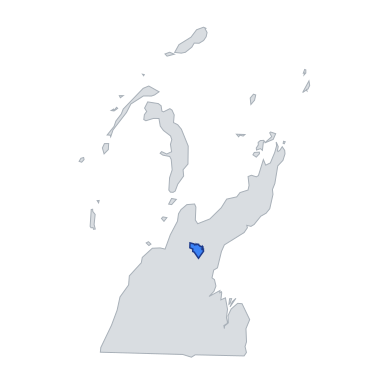 Obura/Wonenara District, Eastern Highlands, Papua New Guinea shown in context, rotated 272°
{"feature_id": "67681753B51845226746090", "entity_name": "Obura/Wonenara District", "entity_type": "district", "adm_level": 2, "iso_a3": "PNG", "parent_name": "Papua New Guinea", "parent_adm1": "Eastern Highlands", "projection": "orthographic", "projection_center": [145.927, -6.831], "detail": "fine", "context": "in_parent", "style": "filled", "palette": "blue", "viewbox_px": 384, "rotation_deg": 272, "n_neighbors": 0, "source": "geoboundaries", "source_scale": "gbopen_adm2", "svg_char_len": 5123}
<svg xmlns="http://www.w3.org/2000/svg" viewBox="0 0 384 384"><g transform="rotate(272 192 192)"><path d="M30.0,249.8L29.4,200.9L26.9,197.2L29.3,188.5L28.7,106.0L33.4,106.3L56.0,116.2L71.3,121.3L84.6,123.7L96.9,131.9L106.0,132.3L119.5,143.8L124.9,144.6L134.4,154.3L135.0,162.1L134.0,167.1L148.4,171.8L162.3,178.5L169.8,179.3L174.0,181.6L179.2,187.3L180.1,195.0L177.1,196.4L164.1,196.3L160.5,198.8L165.7,210.8L177.3,221.8L186.1,226.9L188.7,236.9L193.1,240.0L195.9,247.9L200.5,248.8L209.4,247.5L210.8,250.8L209.4,255.8L210.7,257.8L226.9,262.2L221.4,264.7L223.8,269.3L234.4,273.3L241.0,274.9L244.9,274.4L240.3,276.6L236.2,275.9L235.4,276.6L237.0,278.5L240.4,280.6L236.8,283.2L233.3,283.6L226.8,281.8L221.1,276.8L203.4,274.5L197.3,272.3L192.4,273.0L178.0,270.3L173.4,266.8L170.2,261.6L161.7,255.2L159.7,252.1L160.6,247.9L158.2,248.6L153.3,245.5L140.3,226.2L133.6,223.5L117.1,220.1L114.7,216.4L106.9,215.0L105.2,217.5L98.9,219.2L93.5,217.4L88.2,212.7L94.5,223.4L92.3,223.3L93.3,225.0L92.1,225.2L85.2,224.6L87.4,229.1L76.0,231.6L67.6,230.8L63.6,231.9L61.9,231.8L59.7,228.5L56.6,229.1L59.2,229.2L62.5,232.9L69.6,232.3L76.4,235.2L82.3,241.5L82.1,245.9L66.5,254.1L57.3,250.7L44.1,251.7L39.4,250.4L33.5,252.0L30.0,249.8ZM267.6,141.7L270.9,143.9L274.2,141.7L280.5,144.6L279.2,155.2L277.1,158.1L271.8,159.1L271.1,160.7L274.5,167.0L273.1,169.2L268.4,171.5L260.7,171.1L258.7,175.4L254.4,179.2L237.8,186.6L219.8,187.0L213.9,182.3L207.7,183.1L199.3,177.5L192.4,175.2L191.0,173.1L191.1,170.4L193.1,168.8L205.5,169.1L213.4,171.4L223.8,170.1L226.7,168.5L227.8,161.7L229.6,158.8L231.3,160.2L229.1,165.4L231.5,170.2L238.9,168.8L243.6,170.0L247.3,168.6L252.5,161.3L256.7,158.0L264.3,156.4L264.2,150.9L261.6,143.4L262.7,141.3L267.6,141.7ZM357.1,197.8L356.1,200.2L355.6,199.4L351.9,201.5L347.6,200.7L343.8,198.3L340.9,193.9L340.9,189.0L336.8,186.8L331.4,180.5L330.4,176.5L330.9,169.8L338.8,173.8L346.7,185.6L354.3,190.9L357.1,197.8ZM296.4,145.1L291.0,155.6L287.7,151.2L286.5,148.2L286.3,140.1L277.8,127.8L269.1,123.7L251.3,110.9L244.3,108.8L246.0,108.2L246.0,105.2L254.8,111.8L260.3,113.5L267.5,118.6L272.5,120.4L293.9,139.6L296.4,145.1ZM154.1,91.4L171.0,91.9L171.3,93.3L169.1,93.5L166.2,96.0L156.1,95.3L151.6,96.6L151.3,94.8L153.0,94.3L152.7,92.4L154.1,91.4ZM238.2,254.7L241.3,256.6L243.9,256.4L245.8,258.5L246.1,261.9L245.0,262.7L244.3,261.6L236.1,260.9L237.7,258.9L236.2,255.0L238.2,254.7ZM237.5,107.0L231.5,106.9L227.0,102.8L232.9,100.9L237.3,102.8L237.5,107.0ZM250.0,269.7L253.8,267.6L254.7,268.4L253.2,273.6L247.4,271.3L243.5,262.8L250.0,269.7ZM281.5,247.8L287.9,246.9L291.0,249.3L291.9,250.1L291.2,252.3L285.9,251.3L281.5,247.8ZM295.3,299.1L307.1,305.0L302.6,305.9L298.9,304.3L298.5,302.9L297.0,303.4L297.7,302.4L295.3,299.1ZM184.1,176.6L178.7,172.1L179.1,169.1L184.8,171.8L184.1,176.6ZM234.2,257.9L232.6,258.1L229.1,255.0L231.3,251.6L233.7,252.9L234.2,257.9ZM329.1,169.5L326.9,162.3L329.0,160.2L330.9,164.8L329.1,169.5ZM165.5,167.8L161.7,165.0L164.5,162.4L166.1,163.8L165.5,167.8ZM222.7,82.5L220.6,83.0L217.9,80.7L218.7,78.1L221.8,79.8L222.7,82.5ZM140.8,150.2L138.5,152.8L137.0,150.8L139.5,148.0L140.8,150.2ZM251.3,234.4L251.3,242.9L249.7,241.2L250.5,237.7L248.8,236.7L251.3,234.4ZM83.7,236.1L87.3,239.6L78.5,234.0L83.7,236.1ZM86.8,235.3L82.0,233.9L81.0,232.8L86.7,233.3L86.8,235.3ZM318.4,300.3L318.0,301.5L314.9,301.6L312.9,299.9L314.9,300.3L314.6,299.1L318.4,300.3ZM285.8,116.0L285.9,119.9L283.7,117.1L285.8,116.0ZM274.0,113.7L273.0,114.8L270.8,112.0L271.3,111.5L274.0,113.7ZM245.9,281.7L245.5,283.4L243.4,282.5L243.7,281.4L245.9,281.7ZM272.1,110.7L270.3,111.1L270.6,108.4L272.1,110.7ZM180.1,97.5L180.3,99.5L177.9,99.0L180.1,97.5ZM308.0,138.4L307.7,140.2L306.5,139.6L308.0,138.4Z" fill="#d9dde1" stroke="#a8b0b8" stroke-width="1"/><path d="M136.2,191.8L135.0,194.8L132.6,194.8L132.0,196.3L126.9,200.1L126.0,200.8L129.8,203.3L133.2,205.6L133.3,205.6L133.5,205.5L133.8,205.5L134.0,205.5L134.2,205.4L134.3,205.4L134.2,205.3L134.3,205.2L134.5,205.1L134.7,204.9L134.8,204.7L134.9,204.4L134.9,204.2L135.0,204.2L135.0,204.3L135.1,204.2L135.1,204.3L135.2,204.2L135.3,204.2L135.5,204.1L135.7,204.3L135.8,204.3L135.7,204.3L135.8,204.3L135.9,204.5L136.0,204.6L136.1,204.8L136.3,204.8L136.5,204.8L136.5,204.7L136.6,204.4L136.6,204.5L136.7,204.4L136.8,204.4L136.9,204.5L137.0,204.6L137.3,204.6L137.4,204.8L137.5,204.8L137.7,204.7L137.7,204.4L137.8,204.3L137.8,204.2L137.7,203.9L137.8,203.9L137.7,203.8L137.7,203.7L137.8,203.5L137.8,203.4L137.9,203.2L137.9,202.9L137.9,202.7L137.9,202.4L138.0,202.3L138.0,202.2L138.1,201.9L138.3,201.8L138.3,201.7L138.5,201.6L138.7,201.4L138.8,201.4L138.9,201.2L139.0,201.1L139.1,200.9L139.3,200.8L139.2,200.8L139.2,200.7L139.3,200.7L139.5,200.5L139.6,200.4L139.7,200.2L139.8,200.2L139.7,200.0L139.7,199.9L139.7,199.7L139.8,199.6L139.9,199.4L140.0,199.3L140.0,199.2L140.1,198.9L139.9,198.8L139.9,198.7L139.7,198.5L139.7,198.4L139.6,198.2L139.8,198.0L139.7,198.0L139.7,197.9L139.7,197.7L139.6,197.4L139.5,197.2L139.4,197.0L139.4,196.9L139.2,196.7L139.2,196.4L139.3,196.3L139.5,196.3L139.8,196.2L140.0,196.1L140.1,195.9L140.2,195.7L141.1,191.8L136.2,191.8Z" fill="#3b82f6" stroke="#1e3a8a" stroke-width="1.5"/></g></svg>